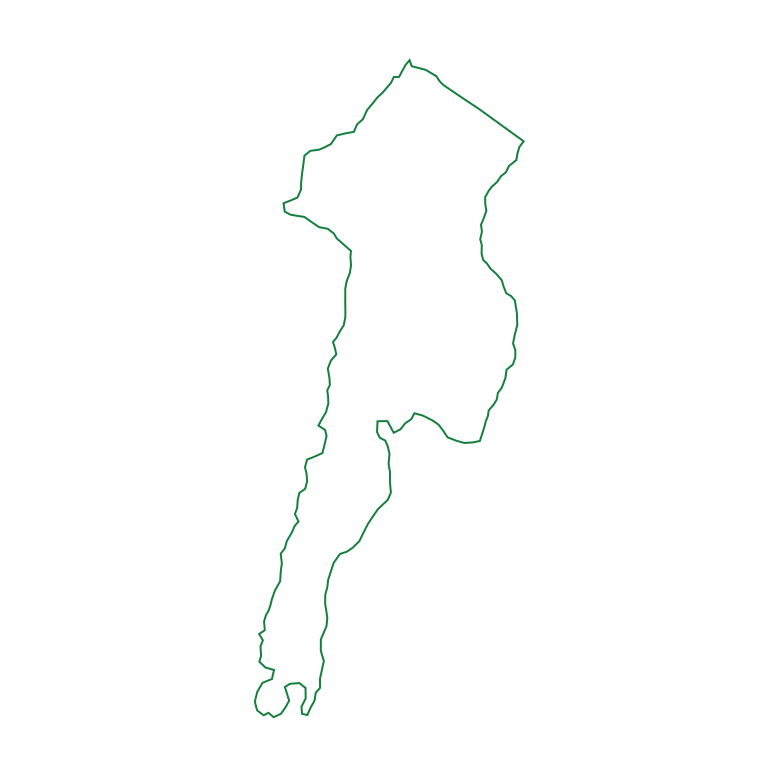 Osvaldo Cruz, São Paulo, Brazil (orthographic projection), rotated 172°
{"feature_id": "56859067B7933036647015", "entity_name": "Osvaldo Cruz", "entity_type": "district", "adm_level": 2, "iso_a3": "BRA", "parent_name": "Brazil", "parent_adm1": "São Paulo", "projection": "orthographic", "projection_center": [-50.856, -21.706], "detail": "fine", "context": "isolated", "style": "outline", "palette": "green", "viewbox_px": 768, "rotation_deg": 172, "n_neighbors": 0, "source": "geoboundaries", "source_scale": "gbopen_adm2", "svg_char_len": 2905}
<svg xmlns="http://www.w3.org/2000/svg" viewBox="0 0 768 768"><g transform="rotate(172 384 384)"><path d="M488.4,101.1L482.1,118.1L483.7,128.4L482.1,139.8L474.7,152.0L472.7,160.2L472.7,168.7L472.9,174.3L471.5,183.4L468.4,190.7L466.5,198.0L463.7,203.7L458.9,213.7L451.3,221.8L444.2,223.1L437.5,226.4L430.2,231.9L424.8,240.0L419.2,247.9L413.6,254.2L407.5,260.8L402.4,264.5L396.4,268.7L392.3,275.5L391.9,283.6L391.2,289.3L390.3,296.3L390.6,304.1L388.3,313.9L388.9,321.4L390.6,327.8L395.6,331.3L397.6,337.4L395.6,348.0L385.8,346.8L381.2,334.4L374.0,336.8L368.4,342.2L361.9,345.3L358.0,350.8L350.1,347.4L341.3,341.4L335.7,336.2L332.9,331.4L328.4,322.3L320.3,317.8L312.6,314.4L304.2,313.8L297.0,314.2L293.3,321.9L290.7,327.2L288.5,332.7L285.5,338.0L284.0,343.3L278.3,348.3L274.5,352.9L272.5,359.2L267.7,364.2L262.9,373.1L260.7,381.0L253.6,385.5L250.3,391.9L249.2,399.5L250.6,406.1L247.7,414.4L243.8,423.9L242.5,436.1L242.8,448.5L245.9,453.4L250.3,456.9L252.0,463.9L252.9,470.3L257.6,477.6L262.6,483.6L265.3,489.0L268.6,493.2L269.2,499.6L267.8,508.1L268.6,513.9L265.8,521.2L265.8,528.1L262.4,533.8L258.5,541.3L258.7,548.1L257.8,555.0L253.7,560.4L249.9,564.3L243.9,568.3L239.2,573.5L233.8,576.7L229.9,582.5L221.8,587.3L219.5,594.3L217.0,599.8L211.9,604.9L251.6,643.1L267.5,657.2L283.6,671.8L286.9,676.3L289.2,681.4L294.5,685.7L299.1,689.3L305.4,692.0L312.3,694.8L313.6,701.1L318.4,696.8L322.9,690.8L326.3,686.0L331.6,686.6L335.0,681.4L339.8,677.2L344.6,672.9L350.7,668.7L356.6,663.0L362.5,657.8L368.1,649.1L374.6,644.8L378.7,637.9L388.3,637.5L396.1,636.7L403.2,629.0L410.6,626.4L415.9,625.1L424.6,625.1L431.0,621.2L433.3,612.7L435.7,604.3L438.0,595.2L439.1,588.2L443.7,580.7L450.6,578.8L458.3,577.0L458.3,568.5L453.1,564.7L446.2,562.5L439.8,560.6L433.3,554.6L426.5,548.4L418.1,545.5L412.8,540.1L410.5,534.7L404.1,527.2L398.2,520.4L399.6,514.4L400.1,506.3L402.4,498.6L406.5,491.4L409.1,483.8L409.9,477.8L411.0,470.6L411.9,463.0L413.0,455.5L415.6,447.9L420.4,442.2L424.6,436.4L428.7,432.7L427.6,426.4L427.1,420.0L433.3,414.6L437.5,407.0L437.2,396.7L437.8,390.4L441.1,385.6L441.1,379.4L441.8,372.5L445.4,364.1L450.1,358.3L454.7,352.0L448.7,346.6L448.1,340.8L451.0,332.9L454.6,324.2L462.3,321.9L470.7,319.8L473.8,312.6L473.2,306.2L473.6,298.7L476.6,291.2L483.0,287.9L485.6,281.1L487.3,273.2L490.3,267.6L487.8,259.7L492.1,256.0L496.0,249.7L502.2,241.8L505.0,235.2L509.9,230.3L510.1,220.7L512.4,212.4L514.3,203.1L520.8,194.6L525.0,186.5L527.0,181.3L529.7,175.9L533.1,171.4L535.8,165.6L536.3,156.8L542.4,153.8L539.6,147.1L542.8,141.5L543.6,131.7L546.1,126.3L540.8,119.7L532.7,116.2L536.0,107.5L545.9,105.0L552.3,96.9L556.1,87.5L555.1,78.5L549.3,72.7L544.2,74.5L539.6,69.4L531.9,71.8L526.3,77.8L522.0,83.6L523.1,90.3L524.3,97.8L518.8,100.2L509.4,99.6L504.0,93.9L505.3,83.6L510.7,75.8L511.0,68.7L505.9,66.9L501.9,73.5L497.0,79.9L494.5,87.8L489.6,92.0L488.4,101.1Z" fill="none" stroke="#15803d" stroke-width="2"/></g></svg>